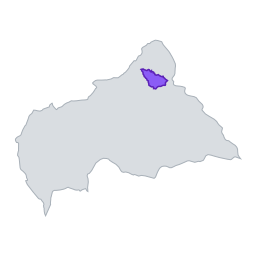 Ouanda-Djallé, Vakaga, Central African Republic shown in context
{"feature_id": "33826404B28698929649290", "entity_name": "Ouanda-Djallé", "entity_type": "district", "adm_level": 2, "iso_a3": "CAF", "parent_name": "Central African Republic", "parent_adm1": "Vakaga", "projection": "natural_earth1", "projection_center": [22.364, 9.073], "detail": "fine", "context": "in_parent", "style": "filled", "palette": "violet", "viewbox_px": 256, "rotation_deg": 0, "n_neighbors": 0, "source": "geoboundaries", "source_scale": "gbopen_adm2", "svg_char_len": 4719}
<svg xmlns="http://www.w3.org/2000/svg" viewBox="0 0 256 256"><path d="M182.3,86.6L184.8,87.4L185.3,88.3L184.6,91.2L185.1,93.1L186.5,94.6L188.0,95.3L189.4,95.7L194.2,96.7L196.3,97.7L198.9,101.2L202.3,104.4L203.1,106.1L203.0,107.6L202.0,109.4L202.1,110.2L203.7,112.0L205.4,113.9L208.7,116.0L214.3,119.3L216.8,121.6L217.7,123.2L219.1,125.0L221.1,126.7L222.5,128.0L221.6,131.6L221.9,132.8L222.4,133.8L223.5,135.3L224.0,137.1L225.2,139.4L226.5,140.4L228.8,140.8L230.1,141.9L232.6,143.7L235.1,145.3L236.1,146.4L236.8,147.3L237.3,148.5L237.6,149.6L237.7,152.0L238.1,155.1L239.4,157.2L240.6,158.7L235.6,156.9L234.9,156.9L234.0,157.2L231.4,159.4L230.5,159.7L227.3,159.2L219.3,157.5L213.1,155.8L211.3,155.2L208.0,154.6L205.8,155.8L203.8,159.6L203.2,160.4L200.0,161.6L198.5,161.3L194.8,162.3L189.1,160.7L187.1,161.0L185.5,161.8L181.4,163.6L178.9,164.6L176.0,165.5L173.2,166.9L171.4,167.7L169.6,167.7L168.0,166.9L166.2,166.2L164.0,166.1L161.8,166.5L159.9,168.0L159.1,169.1L157.5,172.1L155.6,176.9L154.8,177.8L154.1,178.3L145.2,175.9L141.3,175.4L138.7,176.1L135.5,174.8L134.1,174.5L133.4,175.0L131.6,174.3L128.6,172.7L125.8,172.0L123.3,172.3L121.7,171.7L120.5,170.1L118.9,167.2L116.0,164.3L112.1,162.0L109.6,160.3L108.7,159.1L106.6,158.5L103.4,158.3L100.3,159.5L95.8,163.1L91.7,170.5L89.4,173.3L87.6,174.1L87.1,175.9L88.0,178.7L88.3,182.0L87.6,187.5L87.9,191.5L86.9,190.9L85.9,189.0L85.5,188.6L82.8,189.5L81.4,190.2L80.6,191.0L80.0,191.1L79.2,190.1L78.5,189.9L77.4,190.1L76.3,190.1L75.6,189.9L75.2,190.0L73.9,189.4L69.2,187.8L68.4,187.3L67.5,187.4L65.0,188.7L63.8,189.1L59.9,190.0L55.8,190.4L54.2,190.4L53.1,191.0L52.4,191.8L51.1,197.0L50.8,197.8L50.8,199.1L50.4,203.2L50.6,204.5L45.6,215.8L44.8,214.0L44.3,211.8L44.1,209.2L44.2,208.5L43.9,207.8L43.5,205.7L43.9,204.4L43.6,203.0L42.6,201.6L41.7,200.6L41.2,199.6L40.8,199.2L39.8,199.1L38.6,198.6L33.1,192.0L27.3,184.5L26.2,182.1L25.7,180.7L27.1,180.5L27.5,180.3L27.5,179.6L26.6,177.7L26.2,175.3L25.5,173.8L23.3,171.5L21.2,169.8L20.5,168.9L20.1,167.6L19.3,159.6L18.9,157.3L18.3,156.3L17.8,155.8L17.6,155.3L17.7,153.8L18.0,152.6L18.0,152.1L18.5,150.9L18.6,143.5L17.9,142.5L16.6,142.5L15.9,141.4L15.4,140.0L15.5,139.0L16.8,137.5L17.6,136.9L20.0,135.7L20.7,135.1L21.2,134.4L21.4,133.4L22.9,129.6L25.0,125.8L25.9,125.0L28.0,119.4L28.5,117.9L28.9,116.5L29.6,115.3L31.9,113.4L33.7,110.1L35.6,110.3L37.5,110.8L40.0,111.1L42.0,110.4L43.2,109.1L49.3,106.9L49.7,105.1L50.7,104.2L51.8,103.3L52.2,103.2L52.3,103.8L52.9,105.7L54.3,107.5L56.3,109.6L56.9,109.4L58.2,107.9L61.3,106.9L62.1,106.5L64.4,104.3L67.0,102.8L68.6,102.3L71.3,100.8L73.3,101.0L76.4,100.8L81.6,100.1L85.3,99.9L87.2,99.6L87.7,99.3L88.4,97.1L89.0,96.5L90.4,95.6L93.2,92.4L95.0,89.6L95.5,88.6L95.9,88.5L96.7,87.3L95.9,86.1L92.8,83.7L92.9,83.3L92.7,82.9L92.9,82.6L94.0,81.6L95.6,80.5L97.3,80.1L101.7,80.1L105.5,79.9L106.4,80.0L109.3,79.4L111.3,78.9L113.4,77.7L118.1,77.8L122.0,74.8L123.1,74.3L123.6,73.8L123.7,73.4L125.5,72.2L127.6,69.8L129.2,67.6L129.6,66.0L134.1,60.7L135.6,60.9L136.3,60.2L138.1,56.7L138.6,56.0L140.4,55.4L141.3,54.4L142.1,52.8L142.1,50.9L141.7,49.4L141.7,48.6L142.1,48.0L142.8,47.3L146.2,45.4L147.0,44.5L147.5,43.7L148.5,43.5L149.5,43.6L150.2,43.1L150.9,42.2L153.2,41.1L155.3,40.2L157.6,40.5L161.7,41.7L162.9,44.2L163.5,45.1L168.5,51.0L169.5,52.4L172.0,56.7L173.5,59.6L175.3,63.8L175.5,66.1L175.2,68.0L174.9,73.5L174.4,75.1L172.2,78.1L172.1,79.4L172.6,80.5L173.3,81.0L173.7,81.5L173.4,84.1L174.2,85.1L175.9,85.8L180.1,86.2L182.3,86.6Z" fill="#d9dde1" stroke="#a8b0b8" stroke-width="1"/><path d="M141.0,69.4L141.6,70.0L141.7,70.3L141.9,71.1L142.3,71.5L142.9,72.0L143.1,74.2L143.4,74.5L144.0,75.5L144.2,76.6L145.1,77.2L145.7,78.2L146.3,78.5L146.8,79.1L147.0,80.1L148.3,80.9L148.2,81.6L148.3,82.3L148.7,83.3L148.9,85.2L149.4,85.6L150.1,85.9L150.4,86.3L151.6,86.9L152.5,86.8L153.2,87.0L153.5,87.3L153.6,87.8L153.6,88.6L154.4,88.5L154.9,88.7L155.4,88.9L155.9,88.8L157.0,87.4L157.9,86.7L158.6,86.4L160.8,86.4L162.8,85.4L164.2,85.2L164.9,85.4L165.2,85.3L165.5,84.7L165.4,83.7L165.5,82.5L165.8,82.2L167.5,80.6L166.9,80.1L165.9,79.5L165.4,79.2L164.8,78.4L164.0,77.7L163.4,77.5L163.3,77.0L163.3,76.5L163.1,76.2L162.9,76.2L162.6,76.4L162.2,76.6L161.8,76.6L160.8,76.3L160.5,76.2L160.3,75.9L159.5,75.7L159.1,75.3L158.3,74.6L156.8,75.1L156.5,75.2L156.2,75.0L155.6,74.9L155.2,74.9L154.8,74.3L154.7,73.7L154.7,73.4L154.4,73.2L153.9,73.0L153.4,72.9L153.6,72.2L152.4,71.5L151.9,71.9L151.1,72.0L151.0,71.6L151.0,71.3L151.1,70.8L150.8,71.0L150.5,71.3L150.2,71.1L149.6,70.7L149.5,70.4L149.5,70.1L149.2,69.7L148.5,69.5L147.9,69.8L146.9,70.6L146.0,70.3L145.5,70.1L145.1,69.9L144.3,69.8L143.9,69.4L143.5,69.5L143.0,68.9L142.6,69.2L142.1,69.3L141.8,69.2L141.2,69.3L141.0,69.4Z" fill="#8b5cf6" stroke="#5b21b6" stroke-width="1.5"/></svg>